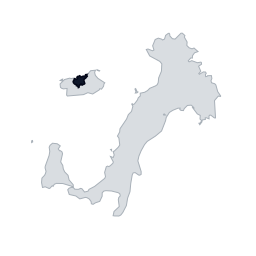 location of Oristrano within Italy, rotated 78°
{"feature_id": "ITA-5373", "entity_name": "Oristrano", "entity_type": "Province", "adm_level": 1, "iso_a3": "ITA", "parent_name": "Italy", "parent_adm1": "", "projection": "orthographic", "projection_center": [8.647, 40.028], "detail": "fine", "context": "in_parent", "style": "filled", "palette": "ink", "viewbox_px": 256, "rotation_deg": 78, "n_neighbors": 0, "source": "natural_earth", "source_scale": "10m", "svg_char_len": 5073}
<svg xmlns="http://www.w3.org/2000/svg" viewBox="0 0 256 256"><g transform="rotate(78 128 128)"><path d="M49.4,53.1L50.8,54.0L56.2,52.3L59.5,53.3L62.2,51.6L63.9,48.9L63.5,46.8L67.8,43.6L68.3,47.3L70.7,49.9L73.0,50.5L72.5,52.0L74.8,55.1L75.7,54.8L76.0,54.3L75.4,51.6L78.6,46.5L78.7,43.0L79.3,42.6L80.9,42.8L82.2,46.1L87.6,45.0L89.5,47.5L90.3,47.0L88.8,42.7L89.4,40.5L90.8,40.1L91.8,41.1L93.9,41.4L94.0,40.1L93.4,39.2L94.1,35.5L97.1,35.7L99.0,37.0L101.1,36.9L102.8,33.9L104.2,33.1L111.0,32.7L116.0,30.7L116.4,31.1L115.6,32.6L115.9,33.5L119.2,37.7L136.3,40.3L136.1,41.4L132.7,44.3L132.4,45.4L133.1,46.3L135.9,46.8L134.1,49.5L134.2,50.4L135.7,50.5L135.6,53.7L137.5,54.5L139.7,57.1L137.7,57.8L138.5,57.0L136.3,54.4L134.2,55.7L130.7,54.7L128.6,57.3L120.8,60.9L122.1,59.4L121.6,59.4L118.8,61.4L118.3,65.2L120.7,68.9L122.5,70.2L121.8,72.5L120.8,73.5L119.4,72.9L119.0,75.0L120.0,80.5L121.4,84.3L125.6,88.4L128.6,89.7L137.9,95.8L141.7,103.0L145.1,112.0L147.7,115.3L153.0,119.9L157.8,123.2L162.2,125.2L173.3,124.2L176.1,124.8L176.6,126.3L176.2,127.4L173.1,130.3L173.0,132.3L174.7,133.6L182.7,136.8L190.7,139.3L196.4,142.9L203.5,145.7L209.4,150.5L211.6,153.1L212.2,155.2L211.3,159.2L210.7,160.8L206.7,159.0L203.0,152.9L196.2,152.4L194.1,151.5L192.8,149.7L190.7,149.7L189.3,150.9L186.2,157.2L184.7,162.6L184.7,164.8L186.0,166.7L189.4,167.5L193.9,170.9L194.4,175.4L195.4,178.0L194.5,179.6L192.3,179.4L189.5,180.6L187.7,182.5L187.0,184.1L187.3,189.9L183.6,193.2L180.8,199.3L175.9,199.8L174.6,198.1L174.3,195.4L175.1,193.7L176.8,192.8L177.7,189.3L177.2,186.9L177.8,185.7L181.6,183.8L181.5,180.3L179.9,178.9L178.2,172.8L172.4,161.2L170.8,160.1L166.6,160.1L161.4,157.3L161.0,156.0L161.8,154.7L161.1,153.0L159.3,150.1L158.2,149.4L152.2,151.1L153.8,148.6L151.5,147.1L147.8,147.4L147.8,146.3L144.8,141.5L142.9,139.6L135.9,139.0L133.7,140.0L130.2,137.0L127.1,136.0L118.9,127.5L115.0,124.9L112.5,121.1L107.7,118.7L105.5,119.4L105.0,118.9L106.1,118.2L105.8,116.7L102.5,112.9L100.6,111.7L99.2,109.3L96.5,108.8L96.5,104.3L95.5,101.2L93.7,98.5L92.5,92.2L91.7,90.4L89.8,89.0L85.4,87.6L79.4,83.5L72.3,81.6L69.5,83.0L62.0,91.8L55.0,93.8L54.9,92.0L57.6,87.9L57.1,86.4L52.7,86.8L47.1,83.0L46.4,79.7L48.1,76.6L49.1,75.9L48.6,73.8L45.2,71.9L43.9,69.1L43.8,68.2L44.7,67.7L46.7,67.9L49.9,66.0L50.8,63.4L46.3,56.5L46.5,55.2L49.4,53.1ZM122.9,90.3L123.1,88.6L121.7,89.7L122.1,90.5L122.9,90.3ZM174.1,193.7L168.8,203.2L167.3,209.5L167.7,211.8L169.5,213.4L168.7,214.1L170.7,216.9L170.8,217.7L168.3,221.2L168.4,224.0L163.4,223.9L159.1,222.6L156.9,219.4L155.2,218.1L153.4,217.2L149.8,217.4L148.2,216.9L138.5,210.9L134.7,209.4L130.4,209.1L128.7,207.8L127.2,205.0L128.7,200.5L131.4,198.0L134.0,200.6L136.1,199.6L136.2,198.7L137.7,197.5L139.6,197.4L147.2,200.9L151.0,199.6L154.5,199.8L157.7,199.1L161.8,196.5L166.6,196.4L172.1,193.4L174.1,193.7ZM84.8,148.3L87.4,155.5L85.1,159.9L86.1,164.6L84.1,180.7L83.0,181.2L76.7,179.4L76.3,183.1L75.4,184.6L74.2,185.6L70.8,185.3L67.4,180.0L67.1,174.8L67.8,173.3L67.9,170.3L69.2,170.1L69.3,168.1L68.6,167.0L67.3,166.6L67.3,164.3L68.2,162.6L68.2,159.5L66.5,155.6L64.2,152.7L64.7,147.8L66.7,149.1L69.7,149.0L73.2,147.1L79.0,141.3L79.8,142.3L82.2,143.3L84.5,145.8L83.7,147.4L84.8,148.3ZM94.9,110.8L95.5,112.0L95.3,113.6L94.2,112.7L91.3,113.1L91.0,112.3L94.5,111.5L94.9,110.8ZM68.3,182.6L67.4,184.5L66.5,182.1L66.6,181.7L68.3,182.6ZM66.4,144.2L65.1,146.3L64.5,146.2L66.1,143.8L66.4,144.2ZM122.2,225.3L120.5,224.9L120.4,224.0L121.8,224.1L122.2,225.3ZM146.7,148.8L145.4,149.5L145.4,148.5L146.7,148.8Z" fill="#d9dde1" stroke="#a8b0b8" stroke-width="1"/><path d="M69.3,170.7L69.6,170.7L68.8,170.4L68.7,170.3L68.7,170.0L68.9,169.7L69.1,169.4L69.3,169.1L69.2,169.1L69.1,169.3L69.0,169.5L68.9,169.5L69.0,169.3L69.2,169.0L69.3,168.7L69.4,168.4L69.4,167.8L69.4,167.6L69.3,167.3L69.0,166.9L68.5,166.7L68.1,166.7L67.7,166.9L67.8,167.1L67.9,166.9L68.0,167.0L68.1,166.9L67.9,167.1L67.7,167.7L67.7,167.4L67.6,167.2L67.4,167.1L67.2,166.9L67.1,166.7L67.1,166.4L67.2,166.2L67.1,165.5L67.1,165.3L67.3,164.8L67.3,164.6L67.1,164.4L66.9,164.5L66.8,164.4L66.9,164.2L67.2,164.1L67.7,164.1L67.9,164.0L68.0,164.0L68.2,163.9L68.3,163.6L68.4,163.3L68.5,163.1L68.4,162.8L68.1,162.3L68.1,162.0L68.0,161.0L68.3,160.1L68.3,159.5L68.1,159.1L67.8,158.8L67.4,158.5L67.0,158.4L67.0,158.0L67.1,157.2L67.3,157.5L67.6,157.6L67.9,157.5L68.2,157.4L68.5,157.1L68.8,157.0L69.1,157.3L69.6,158.0L69.9,158.5L70.0,158.7L70.3,158.9L70.4,159.0L70.2,159.2L70.2,159.3L70.3,159.8L70.5,160.0L71.0,160.2L71.1,160.4L71.1,160.8L71.2,161.0L71.3,161.1L71.9,161.1L72.5,161.3L75.3,161.0L75.5,161.0L75.8,161.3L75.9,161.5L76.1,162.3L76.1,162.8L76.3,163.3L76.5,163.7L76.5,163.8L76.5,164.0L76.2,164.3L75.6,164.0L75.2,164.5L75.2,165.1L76.0,165.2L76.0,165.4L75.7,166.3L75.9,166.6L76.4,166.7L77.0,167.1L77.8,167.4L78.1,167.5L78.2,168.2L77.9,168.2L77.3,168.2L76.8,168.5L76.3,169.0L75.9,169.6L75.6,169.2L75.1,169.1L74.9,169.1L74.3,170.5L73.9,171.1L73.6,171.3L72.3,172.0L72.1,172.0L71.7,171.9L71.2,172.0L70.9,171.9L70.5,171.5L70.3,171.2L70.2,171.0L70.1,170.9L69.9,170.8L69.5,170.8L69.3,170.7Z" fill="#0f172a" stroke="#020617" stroke-width="1.5"/></g></svg>